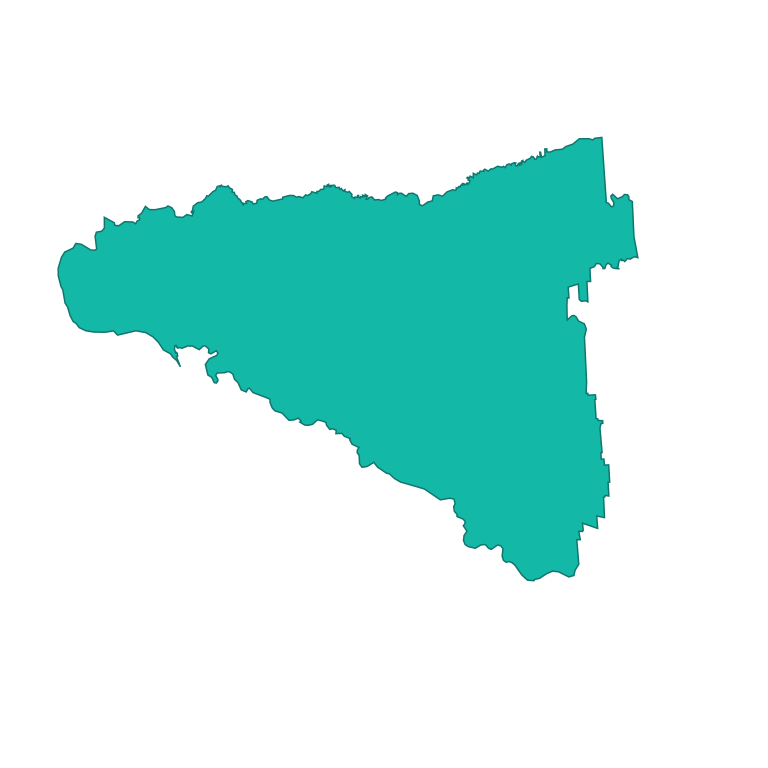 Simoca, Tucumán, Argentina (Robinson projection), rotated 165°
{"feature_id": "61730980B79833488690103", "entity_name": "Simoca", "entity_type": "district", "adm_level": 2, "iso_a3": "ARG", "parent_name": "Argentina", "parent_adm1": "Tucumán", "projection": "robinson", "projection_center": [-65.304, -27.381], "detail": "fine", "context": "isolated", "style": "filled", "palette": "teal", "viewbox_px": 768, "rotation_deg": 165, "n_neighbors": 0, "source": "geoboundaries", "source_scale": "gbopen_adm2", "svg_char_len": 6167}
<svg xmlns="http://www.w3.org/2000/svg" viewBox="0 0 768 768"><g transform="rotate(165 384 384)"><path d="M611.0,617.4L613.7,607.0L617.2,604.6L622.5,605.1L624.8,601.6L626.6,588.7L628.2,588.1L632.4,589.2L640.2,597.3L645.3,599.5L649.2,595.7L658.2,594.1L662.8,589.8L668.8,580.0L670.6,572.8L670.8,562.0L669.9,558.2L671.1,544.7L669.7,540.4L669.5,531.2L668.1,524.8L665.8,522.3L663.7,517.2L658.2,512.6L651.1,509.4L640.0,506.2L631.5,505.3L628.7,500.2L609.9,499.6L600.6,495.2L594.9,489.3L591.0,482.4L588.3,474.1L582.3,468.3L581.4,465.1L578.2,460.4L576.2,453.3L577.4,464.0L576.1,464.3L575.8,467.2L576.2,468.2L577.1,468.0L577.4,471.9L576.0,475.2L574.4,474.7L574.8,473.5L574.0,472.0L571.7,472.0L569.9,470.8L562.7,471.6L561.6,470.6L559.6,470.6L553.6,465.0L549.1,467.4L546.9,467.3L544.2,463.2L545.4,459.6L543.4,457.9L537.4,459.5L536.4,457.0L538.1,454.9L546.2,453.6L551.5,449.1L551.8,438.3L548.7,435.0L547.6,429.2L545.7,428.3L543.8,429.8L543.3,431.7L544.4,435.7L542.5,437.8L534.7,436.1L531.8,436.5L529.5,435.3L527.4,432.6L527.2,427.3L524.7,423.2L523.4,415.2L519.1,412.0L516.9,414.5L515.2,414.9L512.7,409.6L498.8,399.5L498.1,398.6L498.9,395.3L498.1,389.6L496.2,386.2L490.0,382.3L485.2,373.6L480.3,372.6L475.6,373.2L473.7,369.7L475.2,369.0L471.3,364.9L467.7,363.7L463.3,363.6L457.5,366.6L453.5,364.4L450.1,362.1L450.1,358.9L448.1,354.1L445.2,354.1L442.1,351.6L443.3,348.5L437.5,347.2L435.8,343.7L430.8,340.1L431.6,339.1L430.4,334.1L424.6,329.1L426.8,327.2L427.7,324.6L426.5,321.3L428.3,313.3L426.8,309.2L421.6,308.7L414.1,310.9L411.7,305.3L404.6,297.1L402.1,295.9L398.4,290.0L393.4,285.0L372.2,272.2L359.5,257.5L350.4,256.7L346.2,254.9L346.3,249.9L348.4,247.6L349.0,242.7L347.2,239.3L347.8,237.1L342.5,233.0L341.3,230.2L341.9,228.2L344.1,226.6L342.0,220.4L345.9,216.9L347.7,212.3L347.2,208.0L344.8,205.2L338.3,201.7L332.3,203.4L328.7,203.0L327.3,202.1L325.5,198.2L323.2,196.5L315.9,199.1L313.1,197.4L311.7,194.2L314.4,187.2L314.3,182.9L312.2,180.2L309.0,180.1L306.7,178.3L304.5,175.4L300.4,164.0L296.2,157.4L290.1,155.2L288.7,156.3L284.1,156.0L276.0,158.7L269.6,159.6L264.1,157.5L255.4,149.8L250.1,149.9L247.6,154.7L242.5,159.5L238.1,183.7L234.7,182.8L234.0,191.2L230.4,190.2L229.4,191.2L228.3,198.2L215.0,189.2L212.7,201.4L205.6,197.9L201.2,217.8L199.9,217.8L199.1,219.1L195.8,217.6L193.0,231.1L191.4,230.8L187.9,247.7L192.1,248.6L191.0,254.6L193.6,255.1L192.3,261.5L191.1,261.3L186.8,285.6L184.7,289.5L182.8,289.4L182.3,292.0L186.6,293.3L186.5,295.0L188.1,295.7L184.4,314.4L183.3,314.4L182.6,318.8L189.8,320.4L189.5,322.2L191.2,322.6L187.7,333.8L178.3,377.2L174.4,384.6L174.9,390.3L179.7,394.3L181.1,399.2L182.7,401.0L184.8,401.3L190.5,398.4L187.0,412.5L184.7,419.9L183.1,419.2L181.0,429.9L170.4,430.3L173.5,415.1L172.1,412.9L167.6,412.1L165.8,410.6L161.5,430.5L157.9,429.6L155.2,442.4L150.4,442.9L147.6,445.5L144.3,444.1L142.4,440.2L142.6,438.8L140.8,438.4L138.7,441.7L136.4,442.8L133.7,440.0L134.2,439.0L133.4,437.4L131.6,436.1L126.8,434.3L128.8,436.0L127.5,436.9L125.4,441.6L123.3,442.9L122.1,442.9L122.3,441.7L120.8,441.5L119.7,440.0L116.5,442.2L113.9,440.9L109.3,442.2L106.1,440.3L104.4,461.9L96.9,496.0L99.8,498.8L99.0,501.5L99.8,503.8L102.7,504.8L105.4,503.2L110.5,502.5L114.0,508.1L116.2,506.9L116.4,504.4L115.0,499.5L116.4,496.4L118.5,496.3L120.5,500.7L122.3,501.6L109.8,565.8L116.9,566.8L119.2,565.7L122.6,567.9L131.9,570.3L139.7,566.8L146.9,566.3L150.9,564.6L158.2,565.8L163.6,565.0L166.5,566.1L165.9,569.0L167.8,569.4L169.4,562.8L173.3,562.3L173.1,563.3L172.8,567.4L173.5,567.6L174.1,564.6L173.4,563.0L176.3,563.5L176.8,564.4L178.7,561.9L180.2,562.0L180.9,564.7L182.6,565.7L184.2,564.2L188.9,563.3L190.3,561.8L192.2,562.9L192.0,564.0L193.2,563.8L194.5,562.3L193.6,561.9L193.9,561.0L195.8,562.3L196.5,561.7L195.8,560.4L196.8,560.5L197.2,562.0L198.9,560.2L200.0,560.6L200.5,562.7L199.5,563.3L200.9,564.1L204.0,563.6L204.5,562.5L206.2,564.2L208.5,564.0L211.1,561.7L212.2,563.3L213.8,562.8L217.9,564.9L223.5,563.5L225.0,564.2L228.2,562.6L231.0,565.4L232.5,564.8L232.7,563.6L236.1,564.8L237.6,562.8L238.8,563.6L240.6,562.1L243.2,564.4L244.4,560.1L247.0,562.5L248.2,560.8L249.5,562.1L250.6,561.6L249.3,560.3L250.0,559.3L248.3,558.0L250.3,555.7L251.5,556.5L251.6,555.5L252.2,556.3L254.3,555.4L255.0,556.9L256.4,557.3L256.4,555.8L257.8,556.4L259.6,554.6L260.3,555.4L262.7,554.1L263.4,554.7L263.9,553.1L265.2,552.6L267.2,553.9L273.6,553.2L278.9,550.2L282.7,552.7L287.7,553.0L290.0,548.4L294.8,548.4L300.5,546.2L303.3,548.0L302.5,551.6L303.1,557.5L306.7,560.8L310.8,561.5L314.0,559.5L317.8,563.8L320.5,564.3L322.0,563.3L321.6,565.4L323.3,566.5L332.1,564.6L334.3,563.3L334.6,562.1L339.2,562.0L341.3,563.5L345.4,564.2L347.2,567.8L350.1,568.0L352.2,566.6L353.5,567.2L351.7,569.4L352.9,570.0L351.5,570.3L353.1,571.9L353.7,570.4L355.7,571.8L355.6,570.2L357.9,571.1L358.9,569.8L360.0,570.8L359.7,572.7L360.7,572.9L361.2,571.1L363.6,572.2L364.5,570.9L366.8,573.4L365.9,575.5L367.8,579.0L369.4,578.5L371.8,580.2L371.5,581.8L373.4,581.0L374.8,584.0L376.3,583.6L376.4,585.6L379.7,586.1L380.3,588.8L384.8,589.7L383.9,588.5L384.8,588.0L386.4,589.4L385.9,591.2L387.4,590.9L388.1,589.4L390.5,590.8L391.7,587.8L394.9,588.3L396.8,587.0L399.0,587.3L399.5,585.6L404.0,588.4L405.4,586.8L409.1,585.8L410.7,587.0L414.0,584.9L417.7,587.1L420.3,587.1L422.5,589.4L426.5,590.6L433.5,590.6L433.9,589.0L444.0,589.4L447.1,591.4L448.7,595.3L450.7,595.5L453.7,593.9L455.3,594.8L459.0,594.3L460.2,591.5L463.7,591.8L464.4,594.1L467.9,596.4L470.2,595.9L469.9,594.2L473.0,594.4L474.0,593.0L473.5,595.4L474.9,596.3L474.9,598.4L477.3,601.9L477.4,603.7L479.2,605.5L478.9,607.8L481.0,608.7L480.0,611.1L482.5,613.5L483.3,615.8L485.2,615.3L488.9,616.7L489.7,618.2L491.2,617.0L491.6,618.0L494.0,617.9L496.5,614.7L499.5,614.1L505.0,610.9L506.4,611.7L508.5,609.4L513.0,607.0L517.0,607.3L522.2,605.2L524.1,601.2L525.7,600.1L525.4,599.1L523.3,599.7L525.9,596.0L530.6,598.7L535.1,597.0L541.1,599.0L542.4,600.6L541.8,605.0L543.4,609.2L546.6,611.9L549.1,610.9L560.0,611.6L565.5,613.2L568.5,617.3L573.9,611.8L578.0,610.1L578.5,608.2L577.2,608.2L577.1,607.0L577.7,605.9L580.3,605.3L582.5,603.1L584.7,605.5L592.5,607.9L599.3,605.5L603.0,607.0L602.8,609.6L611.0,617.4Z" fill="#14b8a6" stroke="#0f766e" stroke-width="1.5"/></g></svg>